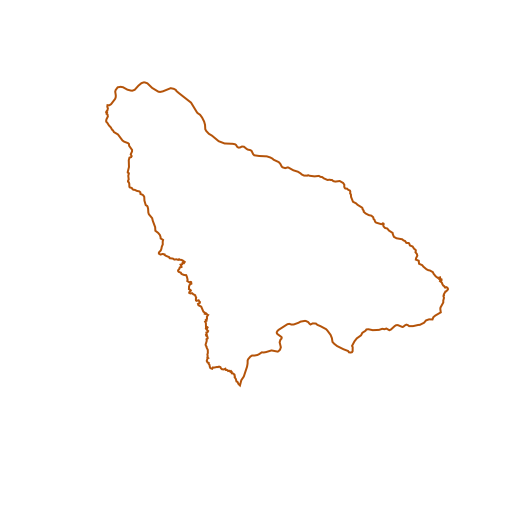 Támesis, Antioquia, Colombia, rotated 291°
{"feature_id": "7082276B51026070835233", "entity_name": "Támesis", "entity_type": "district", "adm_level": 2, "iso_a3": "COL", "parent_name": "Colombia", "parent_adm1": "Antioquia", "projection": "orthographic", "projection_center": [-75.723, 5.674], "detail": "fine", "context": "isolated", "style": "outline", "palette": "amber", "viewbox_px": 512, "rotation_deg": 291, "n_neighbors": 0, "source": "geoboundaries", "source_scale": "gbopen_adm2", "svg_char_len": 6120}
<svg xmlns="http://www.w3.org/2000/svg" viewBox="0 0 512 512"><g transform="rotate(291 256 256)"><path d="M382.3,121.6L382.6,119.3L382.1,116.2L376.3,110.0L374.8,107.7L374.4,106.0L375.7,98.8L378.3,92.7L378.2,90.0L377.8,88.9L376.3,87.1L372.9,85.2L367.7,83.2L366.0,81.3L365.6,80.0L365.2,76.3L365.9,71.3L365.4,68.9L363.9,66.4L360.6,65.5L358.9,65.7L355.8,67.5L354.1,68.1L352.3,68.2L345.8,66.3L344.1,65.0L343.6,63.3L342.0,63.7L340.8,64.8L338.6,65.1L337.9,64.7L336.6,64.5L336.4,64.9L336.5,65.5L335.2,65.5L334.9,66.7L333.1,67.7L330.0,67.4L328.3,67.7L327.6,68.2L327.1,69.4L325.2,71.9L324.0,74.4L322.3,76.4L322.0,77.5L320.8,78.9L320.0,83.6L316.0,89.9L315.5,91.8L315.5,96.1L315.1,97.2L313.4,98.1L310.6,102.3L309.2,102.8L306.0,102.6L304.7,104.1L303.6,104.0L302.5,102.6L299.8,102.9L293.6,105.5L288.2,106.2L287.9,106.4L287.8,107.5L287.4,107.8L285.1,108.0L281.9,109.7L280.2,109.6L279.5,109.9L279.3,110.8L278.0,111.8L275.2,113.0L274.8,113.6L275.0,115.6L274.2,116.7L273.9,117.7L274.3,119.1L274.1,121.5L274.5,123.9L274.0,125.2L272.5,125.9L272.5,128.3L271.8,129.7L271.1,130.5L267.7,132.0L264.0,134.8L263.7,136.5L263.2,137.1L261.5,138.3L258.0,139.9L256.6,141.0L254.1,145.5L251.9,147.0L246.8,151.5L243.5,153.0L242.5,156.4L241.2,158.7L239.5,160.1L238.2,160.7L237.7,163.5L235.8,163.8L233.4,164.8L231.0,164.7L228.8,165.1L227.0,165.1L224.5,164.1L223.4,164.5L223.1,166.3L224.5,168.2L224.7,170.1L224.2,170.3L223.9,171.9L223.8,175.4L223.0,176.2L223.8,179.3L223.4,181.0L224.4,182.9L224.5,184.8L225.4,185.3L225.1,186.0L225.6,187.6L225.6,189.0L224.9,191.6L223.5,191.3L223.4,189.9L221.9,190.1L220.9,188.7L219.5,190.2L219.0,190.4L218.0,188.9L216.4,189.0L214.7,188.4L214.0,188.7L213.5,189.5L213.5,191.8L212.7,192.6L212.5,193.4L212.5,195.7L213.1,197.7L211.6,199.1L209.4,200.6L208.0,200.8L207.5,203.2L208.4,204.2L208.4,204.8L207.0,205.6L205.6,204.4L203.6,204.4L201.0,205.3L200.9,206.9L200.3,207.6L198.9,206.8L197.7,206.8L197.5,208.1L198.4,209.7L197.8,211.1L197.6,213.3L196.4,214.2L195.9,215.0L194.2,215.3L193.0,215.9L192.8,216.5L194.1,218.3L193.2,219.4L192.9,220.2L192.0,220.3L190.5,219.0L189.4,219.9L189.1,223.0L185.2,226.8L184.7,228.7L183.7,228.8L183.7,229.4L184.6,229.7L184.6,230.0L183.7,231.8L183.7,232.4L181.8,231.9L179.7,232.8L178.4,232.1L177.8,233.0L176.5,232.0L175.5,233.2L171.7,234.8L172.2,235.9L172.0,236.4L171.4,236.3L170.8,235.2L170.5,235.2L170.4,236.2L169.7,236.1L168.8,238.2L167.7,238.1L166.8,237.1L165.0,238.2L164.9,237.6L164.5,237.5L163.6,238.3L163.5,239.3L162.1,240.3L161.7,240.4L160.6,239.6L159.2,240.4L155.2,240.7L154.3,241.3L153.7,242.3L152.9,242.6L151.1,244.6L148.2,245.8L146.6,245.9L145.2,246.8L144.0,246.9L143.6,247.9L143.0,247.4L140.4,247.6L139.3,248.8L139.3,250.1L138.5,250.3L137.8,251.5L136.0,252.6L135.0,253.6L135.0,255.5L136.5,255.7L136.7,256.7L138.5,259.5L138.6,260.3L139.5,261.1L139.5,262.6L138.7,263.3L138.1,264.7L138.5,266.5L139.8,267.8L138.8,268.6L139.2,270.3L138.6,271.2L139.3,272.3L138.7,273.5L139.6,273.9L139.1,274.9L137.8,275.5L138.1,276.7L137.6,278.4L136.9,278.6L136.2,279.4L135.3,279.4L133.9,281.3L131.9,282.7L131.8,283.9L130.3,285.4L129.4,287.4L134.8,286.8L139.1,287.8L149.5,287.3L152.5,286.7L155.6,285.6L157.0,285.7L160.1,286.8L161.6,287.9L162.6,290.4L164.1,292.8L165.5,294.1L168.1,295.9L168.7,297.8L169.9,299.8L173.4,304.3L174.5,310.5L175.0,311.0L177.1,312.0L179.7,311.9L183.9,309.0L186.4,308.8L188.0,309.4L188.9,309.3L189.5,308.8L190.8,304.0L191.3,303.2L192.2,302.7L193.7,302.9L195.2,303.6L203.6,309.8L204.6,311.4L204.7,313.7L205.6,315.8L208.9,319.6L210.7,321.1L212.9,324.8L213.2,325.7L213.0,328.4L211.9,330.3L211.6,331.4L213.4,333.1L214.4,336.1L213.7,338.0L213.6,341.4L212.8,347.7L212.0,349.3L209.1,353.9L206.5,356.3L203.2,358.2L202.1,360.4L201.0,363.9L200.3,371.0L200.3,376.0L199.4,377.3L199.8,379.0L200.6,380.1L201.8,380.3L205.6,378.9L206.5,377.9L211.6,378.5L215.2,379.6L219.6,382.5L222.4,382.8L225.4,385.0L227.0,385.4L227.9,387.2L228.6,391.6L231.1,397.3L233.3,400.0L233.7,402.2L235.0,403.7L234.5,407.1L235.7,408.3L240.3,410.6L241.6,411.6L242.3,413.1L242.2,418.1L242.8,418.9L244.6,419.9L245.8,421.0L245.9,422.4L245.4,424.1L246.9,427.9L249.8,432.2L250.4,433.6L253.9,436.8L256.8,437.8L258.9,440.3L260.0,443.5L262.4,443.5L264.6,444.7L269.6,448.7L272.7,447.0L274.0,446.7L279.7,447.5L281.5,446.8L284.3,446.5L285.8,445.3L286.7,445.6L287.4,445.1L290.8,445.6L291.1,446.2L293.3,447.1L294.0,447.1L295.0,446.0L295.1,444.7L294.4,444.2L294.3,443.6L295.3,442.6L295.4,441.6L296.3,440.3L297.8,439.0L298.5,436.7L299.0,436.7L299.7,437.8L300.1,437.9L300.7,437.5L300.3,435.6L301.4,435.8L302.0,435.5L300.7,433.6L301.4,431.1L303.1,428.1L304.3,426.9L304.8,423.5L304.5,421.9L304.7,419.9L306.1,415.9L307.0,414.5L307.2,411.0L309.9,409.6L309.9,406.5L311.4,406.2L314.1,406.5L315.5,405.5L316.7,403.5L318.1,403.4L318.9,402.8L319.4,401.0L321.0,398.8L321.0,395.9L322.7,394.4L322.8,393.8L322.1,391.7L323.4,389.8L323.4,388.1L324.0,386.5L322.9,380.8L323.3,377.9L325.3,376.0L326.5,375.3L327.4,371.0L328.7,368.7L328.4,366.4L329.3,364.5L330.4,363.7L331.6,363.8L332.0,363.3L331.9,362.6L330.9,362.1L330.6,361.4L330.2,356.2L330.7,354.9L332.2,353.7L332.6,352.6L334.2,351.5L335.0,349.2L334.6,346.7L335.0,343.1L335.9,340.7L337.0,340.2L337.8,338.8L338.7,338.4L339.2,337.6L340.2,332.4L341.0,330.6L341.4,327.1L345.2,323.6L347.5,322.5L348.1,321.5L349.8,321.0L350.7,320.3L350.9,318.2L351.5,316.9L351.0,315.2L351.3,314.5L352.2,313.6L354.2,312.9L355.4,311.2L356.0,307.3L353.9,303.4L353.6,301.4L354.2,299.6L353.7,298.6L353.7,297.6L352.6,295.5L352.8,291.4L353.4,289.6L353.0,287.8L353.3,286.0L351.3,282.1L350.1,277.2L350.1,275.7L349.4,275.1L348.3,272.0L348.5,269.5L349.1,268.0L349.7,265.0L349.4,260.1L350.2,254.5L350.1,253.9L348.5,251.8L348.3,249.2L348.6,248.1L350.8,245.6L351.8,243.6L352.2,237.9L352.8,236.5L353.1,234.0L352.9,230.4L350.5,223.1L349.4,218.3L350.0,216.9L352.6,214.1L352.8,212.6L352.4,210.3L352.6,208.9L353.7,205.6L353.2,203.7L351.5,202.1L350.9,200.7L351.2,199.3L352.5,197.6L352.8,196.3L352.4,194.1L349.8,186.3L349.8,180.0L352.6,171.7L353.2,168.2L354.9,164.7L356.2,163.2L360.2,161.4L362.9,159.4L365.9,156.1L367.8,153.2L368.5,150.2L369.1,149.2L375.9,140.4L380.5,125.4L381.5,122.6L382.3,121.6Z" fill="none" stroke="#b45309" stroke-width="2"/></g></svg>